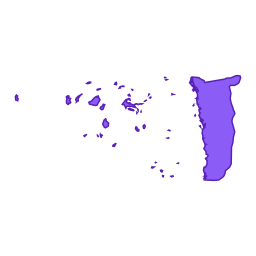 outline of Midi, Hajjah, Yemen
{"feature_id": "15242507B83103205988735", "entity_name": "Midi", "entity_type": "district", "adm_level": 2, "iso_a3": "YEM", "parent_name": "Yemen", "parent_adm1": "Hajjah", "projection": "albers", "projection_center": [42.574, 16.143], "detail": "fine", "context": "isolated", "style": "filled", "palette": "violet", "viewbox_px": 256, "rotation_deg": 0, "n_neighbors": 0, "source": "geoboundaries", "source_scale": "gbopen_adm2", "svg_char_len": 5885}
<svg xmlns="http://www.w3.org/2000/svg" viewBox="0 0 256 256"><path d="M236.0,75.7L230.5,78.0L226.6,78.1L224.8,79.1L204.7,82.5L204.0,80.6L200.4,78.9L198.9,77.6L192.0,77.0L192.0,78.5L192.5,78.5L192.8,79.9L192.5,81.1L192.0,81.3L192.7,81.7L192.3,82.3L193.2,83.5L193.5,83.2L193.6,83.8L192.8,84.8L193.8,84.8L195.6,87.2L196.7,87.8L197.2,89.2L198.3,90.6L197.9,91.9L196.7,91.7L196.4,89.9L195.9,90.6L195.1,87.8L195.1,89.0L193.5,88.6L192.2,90.6L193.5,88.7L193.9,88.8L194.8,90.1L194.1,90.4L193.7,90.8L192.9,90.6L193.5,91.1L194.6,90.2L195.6,90.2L197.4,93.9L197.6,96.6L197.2,96.4L197.5,96.8L196.8,97.5L197.4,97.9L196.7,98.2L197.3,98.3L196.8,98.4L197.5,98.8L196.6,99.0L197.1,102.4L197.8,104.0L197.4,104.1L198.1,104.5L197.8,104.7L199.2,107.8L199.5,108.1L200.2,107.7L200.9,108.7L200.7,109.3L199.3,109.6L199.4,110.1L199.1,109.7L199.2,108.9L198.9,109.9L199.4,112.1L200.2,112.8L199.7,113.2L199.5,115.4L198.5,114.7L199.6,116.3L199.7,116.8L199.2,116.1L200.5,119.0L200.5,118.4L200.8,118.6L200.5,117.8L202.0,119.9L202.6,119.6L203.2,120.2L202.6,121.3L202.1,120.7L201.4,120.9L200.8,119.6L200.1,120.5L202.6,123.5L203.7,127.0L204.3,126.6L204.0,125.0L205.0,123.9L205.0,122.9L205.3,123.7L204.9,127.3L203.0,128.7L203.0,129.3L202.4,129.8L202.5,131.0L202.1,133.3L202.9,135.8L202.8,138.5L203.5,138.5L202.8,139.0L204.7,143.5L205.6,144.1L204.9,144.1L205.1,146.3L203.8,148.5L206.0,151.6L206.2,154.4L207.4,154.5L208.1,155.6L206.6,158.2L206.0,158.0L205.5,158.7L207.0,160.5L207.1,163.9L205.7,166.9L204.6,167.5L204.6,166.5L203.8,168.0L203.5,170.3L204.5,173.4L205.5,173.2L205.7,173.7L204.8,174.3L205.0,175.3L204.6,175.7L206.2,175.6L206.4,176.0L205.1,176.3L206.0,176.6L205.6,177.5L204.4,176.8L204.3,178.0L205.0,178.3L203.9,178.7L204.2,179.9L214.4,180.4L218.9,179.9L223.5,176.6L224.9,173.8L225.5,170.6L229.4,167.4L231.2,163.9L231.5,147.3L232.8,142.8L233.4,137.2L234.7,131.8L231.9,121.4L232.4,118.3L234.9,113.4L233.8,110.4L233.0,109.5L233.1,108.5L231.1,102.9L230.2,98.5L230.9,93.3L229.3,86.8L230.6,85.3L234.6,85.4L238.0,83.6L239.0,82.5L240.6,77.9L240.1,76.0L238.0,75.6L236.0,75.7ZM99.0,98.3L98.2,95.9L96.3,96.6L96.5,97.0L97.2,96.7L97.1,97.2L96.2,96.9L96.0,96.7L94.4,97.8L91.4,101.1L88.8,102.3L89.5,104.1L95.1,105.5L96.9,105.3L100.0,99.7L99.0,98.3ZM127.6,103.1L126.4,102.0L127.3,99.3L126.4,99.4L125.7,99.9L122.2,104.4L122.6,104.7L123.5,104.4L124.2,104.7L125.9,108.2L126.7,106.4L127.7,106.2L131.8,106.4L135.8,107.6L134.3,105.7L135.0,104.5L136.6,103.9L137.7,104.4L138.4,104.5L140.0,103.9L141.6,104.2L142.2,103.8L139.9,103.8L138.4,104.3L136.8,103.8L136.0,103.8L133.1,105.1L131.3,104.0L129.1,103.8L128.9,103.1L128.5,103.0L130.6,102.5L127.6,103.1ZM105.4,127.8L108.1,126.3L108.7,123.2L106.1,120.9L106.0,119.1L105.6,118.8L104.1,120.1L102.8,123.8L103.0,124.9L104.4,127.2L105.4,127.8ZM68.5,95.8L67.5,95.9L66.3,96.9L67.0,99.0L66.5,100.3L66.5,103.0L68.1,104.5L68.6,104.2L68.8,103.3L70.4,103.0L70.7,102.3L69.6,100.5L70.6,98.4L67.4,97.5L67.3,96.9L68.1,96.3L68.4,97.3L69.0,96.2L68.5,95.8ZM103.1,104.3L102.5,105.8L100.6,107.2L100.2,108.4L101.4,109.6L102.5,109.6L103.1,109.1L104.7,104.6L103.1,104.3ZM82.5,93.7L78.2,96.3L76.3,98.0L75.7,99.6L75.9,100.4L76.7,101.0L76.4,102.0L76.9,101.7L77.1,100.9L78.2,100.9L78.3,98.4L80.3,95.4L82.5,93.7ZM17.7,100.7L18.1,98.7L17.2,97.7L17.6,96.1L16.5,95.0L15.4,96.4L15.7,100.0L17.7,100.7ZM138.7,131.0L138.9,129.8L137.7,129.1L136.6,127.0L135.8,127.0L135.5,128.8L136.1,129.7L137.3,131.1L138.7,131.0ZM145.1,126.9L145.1,125.6L144.4,124.8L143.7,125.2L143.1,126.1L143.6,128.4L144.3,128.4L145.1,126.9ZM191.2,77.7L191.3,77.4L191.0,77.9L191.1,78.9L190.3,81.3L189.6,82.7L192.1,85.9L193.9,87.5L194.3,87.2L193.8,87.1L193.4,86.2L192.4,85.9L191.0,83.5L190.5,81.6L191.3,79.6L191.1,77.9L191.5,77.6L191.2,77.7ZM130.3,108.7L129.8,108.2L128.4,108.9L129.0,109.6L133.4,110.7L133.8,110.4L133.4,109.8L130.3,108.7ZM114.4,146.4L116.1,143.2L113.2,145.1L112.8,145.7L113.0,146.4L114.4,146.4ZM90.6,82.2L89.7,82.0L88.1,82.4L86.8,83.5L87.9,83.7L90.6,82.8L90.6,82.2ZM116.7,83.4L116.2,82.3L115.3,82.8L114.6,84.2L116.4,84.7L116.7,83.4ZM162.6,170.7L161.3,170.0L160.5,170.4L160.7,171.2L161.9,172.0L162.6,170.7ZM130.1,95.9L129.3,94.3L128.1,95.1L128.6,95.8L130.1,95.9ZM101.0,88.5L97.4,89.3L97.0,89.8L97.6,90.1L99.9,89.2L101.0,88.5ZM130.1,100.1L129.9,98.8L128.9,98.5L128.3,98.8L129.2,99.9L130.1,100.1ZM154.1,167.0L151.9,166.9L151.6,167.8L152.5,168.1L154.1,167.0ZM122.8,86.0L120.1,86.7L119.2,88.2L120.1,88.0L119.7,87.6L120.0,87.1L121.4,86.5L124.6,86.4L122.8,86.0ZM84.5,136.5L86.9,134.3L85.4,135.3L85.0,135.1L84.0,135.6L84.1,136.1L84.5,136.5ZM173.8,176.1L172.4,175.9L170.9,176.3L171.5,176.8L173.8,176.1ZM101.3,137.8L101.3,136.5L100.3,134.4L100.2,134.9L101.3,137.8ZM151.6,97.3L150.5,97.1L149.7,97.8L150.5,98.1L151.1,97.2L151.6,97.3ZM163.2,176.8L163.5,175.8L162.6,175.6L162.6,176.5L163.2,176.8ZM173.4,94.4L171.9,93.9L171.9,94.7L173.4,94.4ZM98.5,137.1L98.3,136.3L97.5,135.4L97.5,135.8L98.5,137.1ZM170.5,131.0L169.0,130.0L168.5,130.3L170.5,131.0ZM200.3,125.8L199.6,126.0L200.6,127.1L200.3,125.8ZM132.6,90.2L132.7,89.6L131.8,89.5L132.0,89.9L132.6,90.2ZM193.9,105.5L193.8,104.8L193.2,105.7L193.5,105.8L193.9,105.5ZM168.1,138.4L169.3,137.6L167.4,138.1L168.1,138.4ZM167.3,79.6L166.9,79.4L165.6,79.8L165.9,80.1L167.3,79.6ZM191.7,82.9L191.2,80.7L191.1,80.9L191.2,81.6L191.7,82.9ZM195.5,115.6L195.2,114.9L194.9,115.3L195.1,116.0L195.5,115.6ZM165.5,77.6L164.8,77.3L164.6,77.5L165.0,77.9L165.5,77.6ZM101.9,136.0L102.3,135.3L102.0,135.1L101.9,136.0ZM178.5,163.0L178.1,163.0L177.7,163.3L178.4,163.4L178.5,163.0ZM138.1,110.4L138.1,109.5L137.9,109.3L137.8,109.9L138.1,110.4ZM141.0,112.6L141.2,111.9L141.1,111.5L140.9,112.0L141.0,112.6ZM145.4,100.8L145.1,100.8L144.7,101.3L144.9,101.3L145.4,100.8ZM156.0,162.5L155.6,162.3L155.3,162.7L155.4,162.8L156.0,162.5ZM149.4,94.2L149.0,94.0L148.8,94.8L149.4,94.2ZM136.8,113.3L137.1,112.4L136.9,112.2L136.7,113.1L136.8,113.3ZM146.9,100.0L146.3,100.1L145.6,100.6L146.9,100.0Z" fill="#8b5cf6" stroke="#5b21b6" stroke-width="1.5"/></svg>